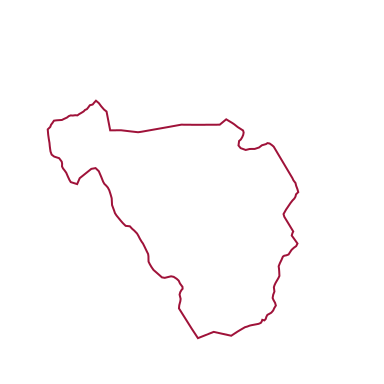 outline of Pedro Laurentino, Piauí, Brazil, rotated 139°
{"feature_id": "56859067B37572379149767", "entity_name": "Pedro Laurentino", "entity_type": "district", "adm_level": 2, "iso_a3": "BRA", "parent_name": "Brazil", "parent_adm1": "Piauí", "projection": "equal_earth", "projection_center": [-42.251, -8.091], "detail": "fine", "context": "isolated", "style": "outline", "palette": "rose", "viewbox_px": 384, "rotation_deg": 139, "n_neighbors": 0, "source": "geoboundaries", "source_scale": "gbopen_adm2", "svg_char_len": 2631}
<svg xmlns="http://www.w3.org/2000/svg" viewBox="0 0 384 384"><g transform="rotate(139 192 192)"><path d="M160.1,81.5L157.3,82.3L154.8,83.0L151.6,83.1L148.9,82.8L146.2,83.9L145.6,90.1L145.3,93.7L143.3,95.0L141.5,95.8L139.9,105.0L138.6,112.7L137.4,115.3L132.6,117.0L124.7,119.1L121.6,119.7L119.1,119.9L117.0,120.6L115.0,122.0L111.9,122.2L110.6,124.9L109.3,128.4L108.0,130.9L107.8,134.2L107.1,136.7L100.6,172.6L100.9,174.8L101.6,177.7L103.0,179.4L104.7,179.6L108.6,181.4L112.2,181.6L116.5,183.4L120.2,186.6L123.9,188.5L126.5,193.2L126.4,196.6L123.0,199.6L120.7,199.6L118.2,200.4L115.9,201.5L114.0,203.0L113.1,204.9L114.9,211.0L115.7,215.3L116.3,217.6L117.6,221.6L118.5,224.4L126.9,224.6L139.7,235.6L143.9,239.2L152.6,246.9L156.0,249.9L168.1,257.1L190.9,270.8L193.5,272.5L199.1,278.6L205.1,285.2L213.3,292.2L203.7,308.8L204.3,311.9L204.3,316.1L204.0,320.3L204.6,323.9L207.3,323.6L209.6,323.2L212.2,324.5L214.7,323.9L217.0,323.5L218.9,324.1L220.9,323.9L223.5,324.3L226.0,324.8L228.2,325.0L229.8,326.6L231.8,327.9L233.3,329.4L235.2,330.1L237.5,330.2L240.9,331.2L242.9,331.7L245.4,333.6L247.4,335.1L249.4,336.4L251.9,335.7L254.3,335.2L256.3,334.1L259.8,333.9L261.4,331.7L263.0,329.5L265.2,326.1L267.4,322.5L269.2,320.0L270.8,317.6L272.2,315.4L273.4,312.3L272.8,309.2L271.5,307.0L270.1,304.7L270.4,300.4L271.5,298.5L273.3,296.6L273.9,294.4L274.0,292.0L274.3,289.0L275.6,284.9L276.6,281.4L277.0,279.0L273.5,273.3L267.7,276.1L252.8,275.5L249.1,273.3L248.7,268.8L249.9,265.1L250.7,262.6L252.3,258.1L252.8,255.7L252.6,253.3L252.6,250.6L253.3,247.6L255.1,243.4L256.7,240.0L258.0,238.3L260.9,234.6L263.0,229.0L264.0,226.6L264.4,223.8L264.6,217.0L264.6,213.9L264.3,210.0L261.4,206.9L261.3,203.5L260.9,200.7L260.7,196.7L261.2,194.1L262.0,190.9L262.6,187.6L262.8,185.3L263.7,181.8L265.1,176.7L265.8,174.0L267.1,172.0L269.3,169.4L270.5,167.9L271.2,165.2L271.8,162.0L272.2,158.5L271.7,154.9L271.1,150.5L270.7,147.3L268.9,145.1L263.1,142.1L261.5,140.0L260.5,136.5L260.2,133.8L261.1,130.8L261.4,126.7L262.6,125.1L264.3,124.9L266.6,124.1L268.7,122.7L270.7,118.8L272.5,117.2L275.9,114.9L278.2,112.7L281.9,88.9L283.4,77.8L267.4,72.2L256.7,57.8L249.4,56.8L246.0,56.2L240.7,55.2L238.6,54.2L236.1,53.3L234.4,52.4L232.7,51.4L230.3,50.0L228.2,48.8L226.0,48.1L224.4,48.5L222.8,49.4L221.6,47.6L219.7,47.8L217.6,49.1L215.7,49.8L213.5,49.3L211.3,48.9L208.5,49.3L206.1,50.4L203.2,51.3L202.0,53.9L201.4,56.9L200.7,59.1L198.1,61.2L195.1,62.8L192.7,66.4L190.9,67.5L188.7,68.5L186.1,69.4L183.4,70.3L181.1,71.3L178.4,74.7L176.9,76.7L175.3,79.1L172.2,80.7L169.1,82.0L165.8,83.6L164.2,83.4L162.3,82.3L160.1,81.5Z" fill="none" stroke="#9f1239" stroke-width="2"/></g></svg>